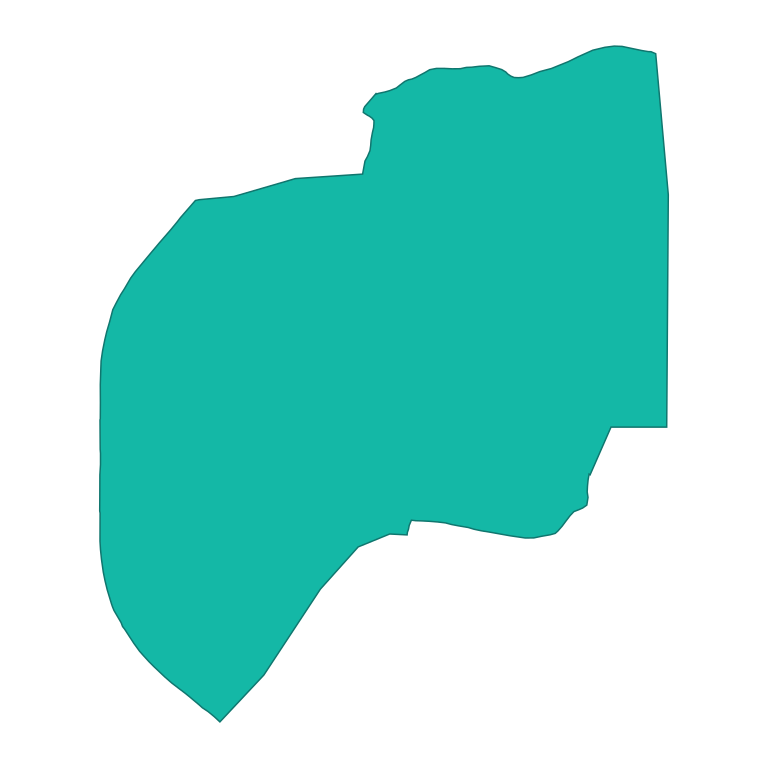 the district of Belle Vue Estate, Gros Islet, Saint Lucia
{"feature_id": "8701671B25390904232189", "entity_name": "Belle Vue Estate", "entity_type": "district", "adm_level": 2, "iso_a3": "LCA", "parent_name": "Saint Lucia", "parent_adm1": "Gros Islet", "projection": "orthographic", "projection_center": [-60.946, 14.088], "detail": "fine", "context": "isolated", "style": "filled", "palette": "teal", "viewbox_px": 768, "rotation_deg": 0, "n_neighbors": 0, "source": "geoboundaries", "source_scale": "gbopen_adm2", "svg_char_len": 2159}
<svg xmlns="http://www.w3.org/2000/svg" viewBox="0 0 768 768"><path d="M666.7,427.1L668.3,194.8L655.7,53.7L651.0,51.7L648.2,51.6L641.6,50.5L632.5,48.6L622.1,46.4L614.2,46.1L604.9,47.3L592.8,50.2L578.3,56.7L568.2,61.7L559.5,65.2L551.4,68.5L539.8,71.6L531.3,74.9L523.1,77.4L518.5,77.7L514.2,77.5L510.8,76.1L507.7,74.0L505.8,72.0L501.8,69.6L495.5,67.6L489.2,65.8L479.2,66.3L476.6,66.6L471.7,67.2L466.4,67.4L460.3,68.7L452.1,68.8L444.0,68.4L436.5,68.4L429.7,69.7L424.8,72.6L420.3,75.0L415.9,77.4L411.8,79.1L408.4,79.8L404.8,81.4L400.2,84.9L396.3,88.0L389.8,90.6L384.9,92.0L378.3,93.4L376.0,94.2L376.5,93.0L365.8,105.4L364.7,106.7L363.6,109.1L363.3,112.5L367.6,115.3L369.4,116.2L372.1,118.2L374.0,120.6L373.9,124.1L373.6,127.7L372.5,132.2L371.1,139.8L370.7,145.4L370.0,150.6L367.5,156.5L365.0,161.0L363.8,167.5L362.6,174.1L295.3,178.6L233.9,196.5L199.2,199.7L195.4,200.5L180.5,217.6L177.6,221.4L170.7,229.8L159.5,242.7L150.5,253.4L135.4,271.6L130.8,277.9L124.3,289.0L120.7,294.6L116.1,303.2L112.8,309.7L109.6,321.9L106.7,331.8L104.8,339.8L102.6,350.7L101.1,360.9L100.7,372.5L100.3,384.6L100.4,402.8L100.3,418.8L100.0,419.9L100.2,449.4L100.5,453.4L100.5,464.7L100.3,468.0L99.9,474.9L99.8,498.2L99.7,510.9L100.1,513.1L100.0,539.0L100.0,541.2L100.5,549.6L101.5,559.4L103.3,572.2L105.0,580.6L107.2,589.7L111.4,603.6L112.5,606.8L114.0,610.5L121.1,622.6L122.6,626.6L124.6,629.1L129.6,636.8L133.9,643.4L139.7,651.4L143.8,656.0L149.2,661.9L154.1,666.8L165.3,677.4L172.1,683.3L179.3,688.8L185.1,693.2L188.7,696.1L199.2,704.9L202.4,707.8L208.0,711.5L214.2,716.6L219.9,721.9L263.8,675.1L320.4,589.1L358.2,546.9L389.7,534.0L407.1,534.9L407.4,532.3L408.5,529.2L409.2,525.4L411.4,520.2L415.8,520.7L421.9,520.9L429.4,521.3L438.0,522.0L445.5,522.9L451.5,524.5L458.8,525.9L468.3,527.5L473.9,529.2L480.9,530.7L484.4,531.3L485.3,531.4L489.5,532.1L510.2,535.8L525.3,538.0L533.9,537.9L541.5,536.3L550.1,534.8L555.2,533.4L557.8,531.1L562.2,526.1L565.6,521.5L570.1,515.6L573.9,511.6L578.6,509.8L582.7,508.0L586.8,505.1L588.0,497.4L587.2,491.9L587.5,485.9L588.1,479.8L589.1,474.1L590.1,474.8L611.0,427.1L638.9,427.1L666.7,427.1Z" fill="#14b8a6" stroke="#0f766e" stroke-width="1.5"/></svg>